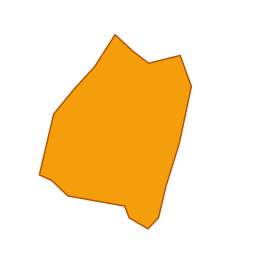 the border of Szombathely, rotated 210°
{"feature_id": "HUN-4903", "entity_name": "Szombathely", "entity_type": "Urban county", "adm_level": 1, "iso_a3": "HUN", "parent_name": "Hungary", "parent_adm1": "", "projection": "mercator", "projection_center": [16.615, 47.219], "detail": "fine", "context": "isolated", "style": "filled", "palette": "amber", "viewbox_px": 256, "rotation_deg": 210, "n_neighbors": 0, "source": "natural_earth", "source_scale": "10m", "svg_char_len": 371}
<svg xmlns="http://www.w3.org/2000/svg" viewBox="0 0 256 256"><g transform="rotate(210 128 128)"><path d="M146.1,39.1L167.8,44.4L181.3,43.1L199.3,102.8L193.9,136.0L187.6,163.9L185.8,202.3L162.4,197.0L142.5,194.4L119.1,216.9L93.9,195.7L75.8,140.0L65.9,96.2L56.7,65.4L60.3,50.7L81.9,50.7L91.8,58.7L146.1,39.1Z" fill="#f59e0b" stroke="#b45309" stroke-width="1.5"/></g></svg>